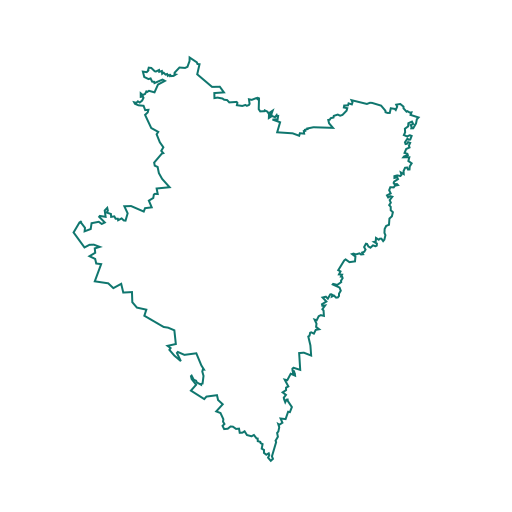 Umgungundlovu, KwaZulu-Natal, South Africa, rotated 263°
{"feature_id": "47623444B82303823139799", "entity_name": "Umgungundlovu", "entity_type": "district", "adm_level": 2, "iso_a3": "ZAF", "parent_name": "South Africa", "parent_adm1": "KwaZulu-Natal", "projection": "albers", "projection_center": [30.306, -29.53], "detail": "fine", "context": "isolated", "style": "outline", "palette": "teal", "viewbox_px": 512, "rotation_deg": 263, "n_neighbors": 0, "source": "geoboundaries", "source_scale": "gbopen_adm2", "svg_char_len": 6103}
<svg xmlns="http://www.w3.org/2000/svg" viewBox="0 0 512 512"><g transform="rotate(263 256 256)"><path d="M412.4,268.1L407.8,268.2L406.7,267.3L406.2,265.2L407.2,263.9L406.6,260.7L408.0,255.4L410.3,256.2L411.3,255.5L411.7,248.2L414.3,246.3L415.0,243.4L416.4,241.9L417.9,237.1L417.8,234.0L422.8,234.5L422.3,244.1L428.4,240.7L429.2,233.0L443.5,219.8L453.2,223.3L453.7,221.3L455.4,220.9L461.1,214.3L457.6,213.8L452.1,211.0L451.3,208.5L452.4,203.0L447.9,197.6L446.3,197.2L445.9,198.4L444.8,196.1L444.9,193.7L445.9,193.1L445.2,192.4L446.3,191.7L445.6,190.4L447.5,189.9L447.1,188.3L449.2,186.7L448.3,185.1L451.1,185.1L450.6,182.4L452.4,182.4L451.3,179.1L451.7,178.0L455.4,175.0L456.0,172.5L453.3,171.4L453.3,171.9L452.8,172.4L453.2,171.8L451.8,169.9L452.8,166.2L447.3,166.9L444.7,170.9L445.1,173.0L441.7,174.2L441.3,176.1L440.0,176.3L442.5,184.7L440.9,186.9L438.1,179.6L430.8,175.2L433.0,169.9L432.1,168.0L432.7,167.2L430.4,165.7L429.6,163.2L431.5,161.4L428.0,161.0L428.1,163.1L426.7,163.6L424.1,161.9L422.5,159.3L423.9,157.6L422.6,155.9L423.4,153.8L421.8,154.4L419.9,157.7L418.8,162.7L414.3,163.8L414.2,167.0L411.7,166.0L409.6,163.1L395.8,167.6L391.1,174.1L388.9,172.2L380.6,174.4L375.2,177.3L371.9,174.8L369.4,176.5L369.1,175.0L361.1,166.3L358.0,166.5L356.4,169.2L350.1,169.7L344.0,172.2L334.8,178.6L335.1,165.6L329.5,166.0L330.0,163.2L329.4,162.1L326.1,161.1L324.0,156.4L317.0,158.4L317.0,151.7L313.8,150.0L320.8,138.1L321.4,131.4L314.0,133.8L307.0,130.8L307.4,129.1L309.7,127.2L308.3,123.5L309.8,123.4L310.1,121.2L312.6,120.2L312.5,117.0L315.4,117.1L317.3,113.1L319.1,114.5L321.9,114.2L319.6,111.4L313.2,111.5L314.8,105.9L314.0,105.1L307.7,110.0L306.6,106.8L309.1,104.1L308.6,96.8L302.9,95.2L301.4,88.9L304.8,89.7L310.1,86.6L310.5,85.5L311.8,87.1L310.8,84.9L301.6,77.8L285.4,86.8L287.4,92.1L287.0,96.4L284.1,102.0L283.2,96.9L278.8,96.8L276.1,90.7L272.7,96.0L268.0,96.5L266.8,101.3L250.5,92.9L246.9,106.0L241.5,110.5L244.8,118.8L235.9,119.8L235.3,128.5L225.2,127.6L219.3,131.5L216.1,140.6L210.3,137.9L196.8,155.7L195.6,160.0L192.2,165.9L178.4,165.7L177.6,157.3L175.0,160.0L173.4,158.6L167.1,162.8L160.8,168.6L169.4,165.7L170.3,166.7L166.6,172.9L166.7,184.9L154.1,188.4L149.6,190.5L149.8,189.4L147.9,188.6L143.4,189.3L135.9,187.4L135.7,185.7L135.0,185.7L137.7,181.9L139.5,181.3L140.8,179.1L145.1,177.5L144.6,176.8L141.8,177.1L135.5,180.9L130.3,175.0L120.3,187.2L122.5,189.7L122.6,200.3L117.7,200.8L112.9,204.9L106.6,197.6L104.5,201.6L98.0,203.7L95.6,203.1L93.1,204.2L91.5,202.1L88.1,203.3L88.0,206.9L89.9,210.0L89.4,212.3L86.8,215.1L86.7,218.1L82.5,218.3L82.3,221.0L83.4,223.3L79.4,225.2L77.6,229.6L78.6,232.1L74.9,234.3L74.6,235.4L72.0,235.2L71.0,237.6L69.7,237.8L68.5,239.6L64.1,238.2L62.5,240.3L59.6,239.9L57.5,242.0L58.6,244.6L56.7,244.9L54.4,243.4L50.9,245.7L52.6,248.1L55.2,247.4L68.8,253.3L70.3,252.9L73.9,255.7L77.8,255.4L79.1,256.8L83.2,258.2L86.5,257.6L85.7,258.6L87.3,261.9L91.7,260.6L90.5,265.5L97.5,268.9L96.9,270.6L101.7,273.2L108.2,269.9L109.7,269.9L109.7,268.7L107.3,267.2L110.5,266.4L112.0,266.3L114.5,268.8L117.4,265.8L119.2,269.5L121.7,269.8L122.6,272.2L129.8,269.4L128.9,271.9L134.9,276.1L132.5,280.2L134.6,280.2L135.7,278.5L136.5,278.7L136.2,279.8L137.0,279.7L137.6,278.3L139.7,278.4L140.5,279.6L137.6,286.0L154.4,287.0L154.2,291.7L150.5,298.6L160.6,299.1L169.7,298.1L170.4,299.4L173.2,300.4L173.5,301.5L171.9,304.0L175.4,306.3L175.6,309.7L178.3,307.0L181.4,307.8L185.7,306.4L184.8,308.4L188.6,310.9L189.4,313.1L188.3,316.1L193.7,316.4L195.1,315.4L198.5,318.6L198.5,315.8L200.1,315.6L202.2,320.3L206.7,317.0L207.1,320.4L204.9,322.1L208.8,325.0L208.9,325.9L208.1,327.1L206.5,326.4L207.2,328.6L204.9,330.4L204.9,332.2L206.2,333.5L208.5,333.8L211.2,335.9L214.5,335.1L218.4,328.7L218.9,329.2L217.4,333.1L219.7,337.4L221.0,337.3L223.5,339.3L224.9,339.0L225.2,337.8L227.0,339.1L227.6,336.1L230.4,338.0L231.9,335.9L240.8,343.0L241.7,344.5L238.5,348.0L238.6,353.6L243.3,354.6L246.2,351.6L246.5,353.1L245.4,355.3L246.0,359.0L244.7,360.4L244.7,362.5L246.5,361.8L247.0,364.0L249.0,365.5L251.7,364.4L254.8,366.6L254.4,367.7L251.8,368.7L250.3,370.6L252.3,373.4L251.1,375.8L251.6,377.1L253.6,377.5L255.6,374.9L255.8,376.6L259.3,377.3L257.2,379.8L258.1,381.1L257.9,382.6L255.3,384.0L256.6,385.4L260.9,387.0L263.3,386.3L267.2,387.0L270.0,388.9L270.8,391.8L276.9,393.0L278.8,395.7L282.8,397.2L285.0,395.3L288.4,395.7L290.3,394.4L292.5,396.3L295.2,395.5L298.2,398.5L299.0,396.6L298.0,394.3L300.2,393.4L301.7,397.3L305.1,396.2L307.9,397.7L307.3,401.0L308.9,402.6L309.1,405.5L310.2,404.7L310.4,402.2L311.7,401.5L313.0,402.2L315.0,406.3L316.9,405.7L316.6,402.9L318.4,403.1L318.8,406.0L317.8,409.1L318.8,410.2L321.3,409.9L319.3,412.6L322.3,412.8L325.4,414.7L325.4,416.8L323.3,417.4L323.2,418.9L326.2,419.5L329.0,421.8L331.7,418.8L335.3,420.2L336.0,414.3L336.8,415.1L337.6,419.0L339.0,418.7L340.2,416.0L343.9,418.1L345.0,421.6L346.9,421.2L349.5,422.8L350.5,420.8L349.0,419.5L348.9,418.1L350.7,417.7L354.0,420.6L352.8,421.8L352.8,423.3L356.2,425.1L357.1,423.4L356.3,420.5L358.0,417.5L360.6,419.1L364.2,419.3L366.1,422.8L369.2,423.4L370.4,427.2L367.9,428.1L367.1,425.4L365.2,426.2L363.8,425.7L363.6,427.6L368.1,431.0L372.1,432.3L373.7,434.2L377.2,426.6L379.6,427.8L379.6,426.1L381.3,423.9L380.9,423.0L384.6,420.4L386.3,420.6L389.3,417.7L389.1,413.6L387.0,414.3L383.9,412.5L385.1,411.6L386.2,407.8L381.7,406.2L382.0,403.9L382.9,402.1L384.5,402.1L390.0,398.5L393.8,389.9L394.2,387.8L393.4,384.6L399.0,369.8L396.7,370.5L394.8,369.6L396.2,366.5L394.3,365.7L394.6,361.9L392.7,361.3L391.6,364.6L389.2,363.6L385.5,359.0L385.0,356.6L386.4,354.4L385.6,350.3L384.0,349.8L383.7,347.0L382.3,345.8L382.2,344.3L378.8,344.7L373.8,348.0L376.8,328.7L376.3,322.5L375.7,322.6L375.3,320.0L374.2,320.1L374.2,318.7L371.6,318.7L372.5,314.5L370.1,313.5L373.3,307.3L376.2,292.1L385.8,296.2L389.4,289.0L389.0,294.1L392.2,295.0L392.1,294.0L393.4,293.7L391.5,291.8L393.0,288.9L394.8,288.5L398.2,290.2L396.7,287.2L392.4,287.7L391.4,285.6L395.2,286.2L397.9,284.9L399.5,282.4L398.7,282.0L399.0,277.8L401.4,276.6L412.1,278.2L412.7,277.1L411.7,276.5L412.7,275.6L411.5,270.8L412.4,268.1Z" fill="none" stroke="#0f766e" stroke-width="2"/></g></svg>